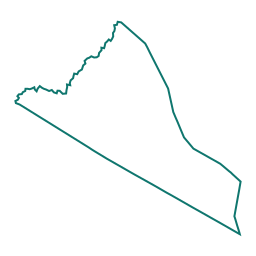 the district of Barro Alto, Bahia, Brazil
{"feature_id": "56859067B11777623458278", "entity_name": "Barro Alto", "entity_type": "district", "adm_level": 2, "iso_a3": "BRA", "parent_name": "Brazil", "parent_adm1": "Bahia", "projection": "robinson", "projection_center": [-41.879, -11.85], "detail": "fine", "context": "isolated", "style": "outline", "palette": "teal", "viewbox_px": 256, "rotation_deg": 0, "n_neighbors": 0, "source": "geoboundaries", "source_scale": "gbopen_adm2", "svg_char_len": 1285}
<svg xmlns="http://www.w3.org/2000/svg" viewBox="0 0 256 256"><path d="M15.9,103.1L19.6,104.5L88.8,147.5L92.1,149.7L95.0,151.5L106.7,158.6L134.5,174.5L153.5,185.1L160.3,189.0L166.5,192.6L170.7,194.9L192.4,207.3L221.1,223.5L231.4,229.4L239.8,234.2L239.1,231.6L237.2,225.6L235.3,219.1L234.4,216.3L238.3,194.7L239.1,190.3L240.6,181.6L232.5,174.2L230.8,172.5L229.1,171.2L226.5,169.0L220.3,163.8L193.4,148.6L190.3,144.9L184.0,137.4L180.8,129.8L177.4,121.6L175.5,117.3L174.5,114.9L173.3,112.1L168.1,88.5L149.8,52.5L147.2,47.2L145.2,43.5L121.2,22.4L117.7,21.8L116.9,24.8L114.2,25.2L114.9,28.3L114.4,31.0L113.0,33.0L113.2,36.4L112.1,38.8L110.7,40.9L108.8,39.5L107.1,41.5L105.3,43.1L104.8,45.7L104.1,48.2L101.4,47.7L101.5,50.2L99.1,52.9L98.6,56.0L96.7,57.3L94.1,57.5L91.3,56.3L89.3,57.7L87.3,58.4L84.6,60.9L85.4,63.6L83.2,65.4L81.9,69.5L78.7,71.4L77.2,74.2L74.2,73.6L73.5,76.1L73.1,78.2L70.6,80.4L69.8,83.1L70.2,85.2L67.0,84.5L67.2,86.9L66.5,90.2L66.1,93.5L62.7,93.8L59.7,90.8L57.5,90.7L56.7,93.3L53.9,92.4L51.8,90.0L49.1,91.0L46.0,89.5L43.9,88.8L42.0,87.8L39.8,86.1L37.7,88.6L36.6,91.3L34.8,89.5L34.3,87.3L31.6,88.6L29.7,89.2L27.6,88.8L25.5,88.8L25.2,91.0L22.8,92.2L21.8,94.1L18.8,94.4L17.4,96.2L18.9,97.9L17.9,99.7L15.4,101.0L15.9,103.1Z" fill="none" stroke="#0f766e" stroke-width="2"/></svg>